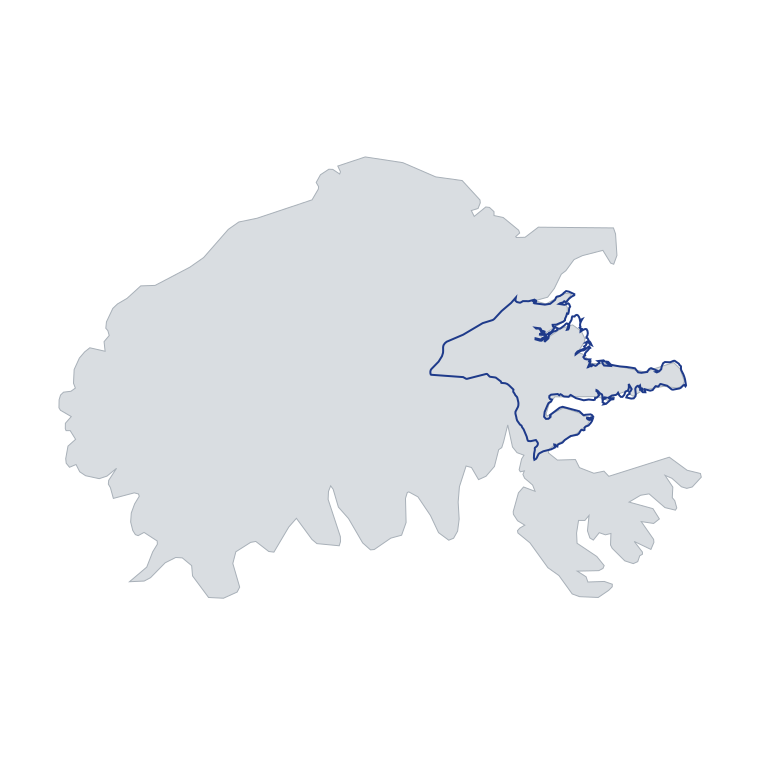 Iceland, with Vesturland highlighted, rotated 184°
{"feature_id": "ISL-710", "entity_name": "Vesturland", "entity_type": "Region", "adm_level": 1, "iso_a3": "ISL", "parent_name": "Iceland", "parent_adm1": "", "projection": "orthographic", "projection_center": [-22.162, 64.9], "detail": "fine", "context": "in_parent", "style": "outline", "palette": "blue", "viewbox_px": 768, "rotation_deg": 184, "n_neighbors": 0, "source": "natural_earth", "source_scale": "10m", "svg_char_len": 9787}
<svg xmlns="http://www.w3.org/2000/svg" viewBox="0 0 768 768"><g transform="rotate(184 384 384)"><path d="M573.1,196.5L579.7,196.4L589.8,190.4L603.4,174.5L609.5,170.7L624.1,169.0L607.9,184.8L603.0,200.5L598.9,208.4L599.3,211.6L613.0,219.2L618.7,215.6L621.5,216.4L624.4,220.4L627.1,228.7L627.1,237.7L624.4,247.0L620.3,255.0L621.3,257.2L625.5,258.0L646.0,251.0L649.7,261.5L652.0,264.9L651.9,268.7L644.9,281.3L653.9,272.8L661.5,269.7L675.3,271.7L681.4,275.2L685.6,282.2L691.9,279.0L695.5,282.8L696.3,287.3L694.9,300.0L687.8,307.3L693.8,315.6L697.9,315.3L698.8,317.2L699.1,322.6L693.7,329.7L704.9,335.2L706.6,337.6L707.0,345.6L705.9,350.4L703.1,353.5L695.8,354.9L691.6,358.4L693.8,363.1L694.1,376.8L689.7,388.6L684.9,395.1L680.0,399.6L664.5,397.2L666.2,406.7L661.5,413.2L663.2,418.0L665.4,420.2L665.2,426.6L659.8,440.5L655.4,445.3L646.3,451.5L633.5,464.9L619.2,466.4L585.8,487.0L572.7,497.6L550.1,527.4L540.1,535.5L522.2,540.5L468.6,562.7L463.1,573.9L463.0,576.3L465.7,580.3L462.0,588.3L454.0,594.4L450.1,594.5L442.9,590.4L442.2,592.6L445.3,598.2L418.6,609.2L380.6,606.1L346.8,594.2L320.2,592.4L301.1,574.3L300.6,571.4L302.4,565.7L309.0,563.1L305.7,557.5L294.8,567.7L291.1,567.5L286.3,563.6L286.0,559.7L276.7,558.4L260.4,546.8L259.2,544.1L262.9,540.2L262.2,539.4L253.5,540.2L241.0,551.2L166.0,555.7L163.5,549.9L160.6,528.5L163.2,519.5L166.3,520.4L175.0,532.6L195.0,525.9L203.1,521.4L210.5,509.7L214.8,505.9L220.8,491.1L226.8,482.0L239.3,477.6L228.1,475.1L209.5,487.0L203.2,487.0L206.1,481.8L212.5,476.0L208.1,475.6L206.4,473.0L206.2,467.5L209.4,458.6L231.2,442.7L226.1,439.7L211.0,451.9L200.0,456.1L191.0,450.6L186.7,443.1L187.0,439.9L192.2,430.5L191.4,428.6L187.8,427.7L178.2,419.0L162.9,419.7L125.3,414.2L96.5,425.6L89.8,419.8L84.6,407.7L85.9,403.0L90.9,400.5L104.7,401.2L125.3,396.0L134.6,389.2L138.2,391.0L139.9,394.4L152.5,389.3L159.2,383.2L170.4,386.3L212.7,383.1L218.1,375.0L220.2,365.4L219.2,363.4L203.8,372.3L200.3,372.1L182.4,367.4L176.0,362.1L178.1,357.9L187.6,348.7L211.6,333.4L214.9,330.3L215.2,326.7L205.7,320.2L187.8,322.0L183.2,314.2L168.4,309.6L158.5,312.4L153.3,307.6L94.3,330.9L75.6,319.1L62.1,316.8L61.0,313.2L69.3,302.8L74.7,301.0L80.1,302.2L90.2,310.0L97.3,312.5L88.7,301.3L88.5,290.7L85.8,287.9L83.3,280.8L84.5,278.5L95.1,280.3L111.9,292.9L120.3,290.9L131.3,283.3L107.0,278.4L99.9,268.6L105.3,263.7L117.8,264.7L104.2,247.8L103.7,244.9L106.2,237.6L123.4,244.4L114.5,234.4L114.3,232.2L116.9,230.5L118.5,224.5L122.8,222.2L131.5,224.4L144.9,236.0L146.8,239.2L147.2,250.7L152.6,249.0L158.9,250.7L164.3,242.9L167.9,244.8L170.8,251.8L170.3,267.2L174.1,261.9L180.4,261.5L181.5,248.8L180.3,238.6L159.7,226.8L151.7,218.2L152.7,215.3L156.7,212.8L178.2,210.8L169.0,205.8L166.8,200.7L150.5,202.4L142.3,200.2L142.2,197.6L145.5,193.8L155.4,186.0L174.1,185.5L181.6,187.7L196.1,205.1L207.7,212.2L227.3,235.7L240.0,244.7L240.6,247.0L238.5,249.7L233.7,253.0L241.2,256.9L245.8,263.0L246.2,265.7L242.3,284.8L237.6,291.0L225.8,287.5L228.7,293.6L237.2,299.9L239.1,303.5L237.9,307.1L241.9,305.9L243.2,307.9L241.5,318.8L239.4,322.7L246.5,324.8L251.4,330.1L257.7,351.8L260.6,335.0L262.1,328.8L265.0,326.5L268.1,309.4L275.8,299.1L283.0,295.2L290.9,306.8L296.4,307.9L301.6,286.8L301.8,271.4L299.6,254.5L300.3,242.4L303.8,235.0L308.5,232.7L319.2,239.5L328.5,256.1L342.3,273.8L351.7,278.1L353.2,277.4L354.6,271.4L352.3,247.4L355.9,234.4L366.5,230.7L382.2,218.2L385.9,217.6L394.2,224.0L410.0,247.3L420.9,258.0L427.4,275.5L430.1,278.7L431.9,273.0L431.7,265.0L416.9,228.7L416.4,223.7L417.4,219.5L439.8,220.1L445.0,223.9L462.0,243.9L469.0,234.7L482.1,208.6L487.3,208.9L500.9,218.0L506.0,216.7L520.1,206.3L522.3,194.4L513.8,171.3L516.0,166.2L529.2,159.1L544.1,158.8L561.6,179.2L563.2,189.4L573.1,196.5Z" fill="#d9dde1" stroke="#a8b0b8" stroke-width="1"/><path d="M241.6,478.0L242.3,476.9L239.6,478.5L238.1,477.8L238.1,476.9L239.2,476.7L240.1,475.9L240.2,475.3L239.7,475.0L240.1,475.0L229.0,474.4L223.8,475.6L219.2,479.9L218.5,482.1L218.0,482.9L217.4,483.3L214.7,484.1L211.9,486.2L211.1,487.3L208.8,489.4L205.9,489.0L200.4,486.9L200.4,485.8L202.9,484.3L205.4,482.0L207.4,479.1L208.7,478.2L210.0,479.1L211.2,477.8L213.9,476.9L215.0,476.1L209.6,475.6L207.9,476.2L206.7,477.0L205.8,477.3L204.8,476.5L203.7,474.1L204.5,472.8L204.7,469.1L205.1,466.9L205.5,466.8L206.0,467.2L206.4,467.2L206.8,464.8L207.9,461.7L207.9,460.2L209.5,458.7L216.3,455.2L219.9,454.8L219.6,453.5L219.0,452.8L218.3,452.6L217.4,452.8L217.4,451.9L218.5,450.8L220.8,447.6L222.8,446.7L224.4,445.0L225.2,444.8L227.8,445.0L227.5,447.5L228.8,447.9L230.3,447.9L231.1,449.4L231.9,450.4L237.0,450.7L236.0,449.9L233.8,450.1L232.8,449.8L231.9,448.9L230.5,446.7L229.4,446.0L231.9,444.9L231.9,444.1L225.7,444.1L225.6,443.1L229.1,440.9L230.2,439.7L231.2,439.4L236.0,440.2L236.0,439.1L231.3,438.1L229.8,438.2L225.9,441.9L224.4,442.1L224.4,441.1L226.0,439.6L226.5,438.6L226.9,437.2L223.2,441.0L222.9,444.3L219.0,447.9L215.9,449.2L214.9,450.0L215.3,451.9L213.5,451.3L211.8,451.8L208.3,454.8L206.8,456.6L205.9,457.2L204.9,456.8L204.2,455.4L204.3,454.0L205.3,450.9L204.0,451.3L203.4,452.9L203.3,455.1L203.3,457.3L203.0,457.9L201.6,460.6L201.3,461.9L201.2,463.7L200.8,464.6L198.6,464.6L198.0,465.6L197.5,466.0L196.4,466.4L195.4,466.0L194.3,464.7L193.4,462.9L192.8,460.6L191.8,462.0L190.7,462.6L191.6,460.8L192.4,458.6L192.6,456.4L192.0,454.8L192.8,453.9L191.9,453.0L190.7,452.8L191.6,450.9L191.6,450.0L188.8,452.1L187.1,452.9L185.8,452.8L184.7,451.1L184.2,448.8L184.5,446.5L185.3,445.1L185.3,444.2L184.3,444.0L183.5,442.9L182.7,441.2L181.9,440.8L181.0,439.8L179.6,437.3L181.1,437.9L182.7,439.5L184.3,440.5L185.8,439.3L184.5,439.3L184.9,437.7L185.5,436.6L187.0,435.4L186.2,434.5L186.2,433.5L193.2,430.0L194.9,427.7L194.9,426.8L191.2,430.0L189.2,431.1L187.3,431.5L185.6,432.5L183.7,434.5L182.0,435.8L180.8,434.4L181.6,433.9L183.3,431.5L184.5,430.2L185.2,429.2L185.8,427.7L185.4,426.7L185.9,426.5L187.0,424.8L185.7,423.2L183.9,422.7L180.0,422.9L180.9,420.9L179.7,420.9L181.7,415.0L181.1,415.2L180.6,415.8L180.1,416.7L179.7,417.9L179.3,416.6L178.8,416.1L178.2,416.2L177.6,417.0L177.6,417.9L174.3,416.9L173.3,417.4L171.6,419.4L170.6,419.8L170.6,420.9L172.2,421.8L166.6,422.9L165.2,421.8L167.3,421.9L167.9,421.3L167.7,420.5L167.1,419.4L165.8,417.8L159.4,417.8L160.4,418.8L163.5,420.8L163.5,421.8L161.9,421.7L159.1,419.1L157.4,418.8L157.8,418.8L150.2,418.0L143.1,417.9L134.8,417.2L131.3,413.4L128.0,413.1L122.2,414.4L122.1,414.8L120.6,417.2L119.3,418.2L118.5,418.4L111.6,416.1L112.2,415.5L113.7,415.0L112.7,414.6L110.4,415.8L108.5,418.1L108.2,420.9L107.0,424.2L105.3,425.5L100.8,425.6L99.5,425.9L96.8,427.3L95.6,427.4L91.3,424.8L90.4,423.4L89.6,423.0L89.0,422.3L88.8,419.9L88.5,418.6L86.0,414.4L85.0,412.2L84.1,409.8L82.6,403.7L83.1,402.7L84.3,404.0L85.4,403.5L87.7,400.9L88.9,400.2L95.4,398.5L96.7,398.7L101.4,402.0L108.0,403.3L108.6,403.0L109.7,401.2L110.3,400.6L112.8,400.8L113.4,400.2L115.6,396.7L118.1,395.9L123.5,397.0L123.6,395.9L123.2,395.5L122.7,394.0L125.3,393.9L126.1,394.6L125.6,397.0L126.4,397.6L127.4,396.0L128.1,396.0L128.2,397.4L128.2,399.4L128.5,400.4L129.6,398.9L130.6,399.9L131.6,399.3L132.6,398.0L133.0,396.6L132.1,391.3L132.3,389.3L133.9,387.1L136.4,386.7L141.3,387.5L140.8,389.1L140.1,390.2L138.3,391.4L138.8,393.4L138.1,393.5L137.5,394.1L136.6,396.2L139.9,401.1L139.6,399.0L139.5,397.2L139.8,395.7L140.4,394.3L142.4,393.4L142.8,392.7L143.5,390.0L145.2,387.8L146.9,387.7L148.5,389.1L149.9,391.6L150.8,390.1L152.1,389.2L155.8,388.4L159.3,385.9L158.4,385.3L154.0,385.9L154.1,384.8L156.6,384.3L161.1,379.7L163.4,379.1L162.7,380.1L163.7,380.4L164.7,381.1L164.6,382.3L164.7,382.9L163.9,384.1L162.0,385.1L161.4,385.9L163.2,386.1L164.2,385.7L165.1,384.9L165.4,387.7L165.9,388.8L167.9,389.8L170.6,392.3L171.6,392.7L171.6,391.8L170.8,391.4L170.2,390.5L168.7,387.8L170.3,385.7L171.2,385.0L172.4,385.0L172.6,383.1L173.7,382.6L178.7,382.8L183.6,381.7L191.6,383.3L197.0,386.1L197.6,385.7L198.5,384.5L199.0,384.1L203.5,384.1L204.7,384.6L206.0,385.6L207.3,386.1L208.4,385.0L210.0,386.1L216.6,385.0L218.2,383.6L218.2,381.9L217.2,380.5L215.4,380.2L216.0,378.3L216.7,377.7L217.5,377.3L218.6,376.3L219.3,374.6L221.8,367.4L222.0,362.5L220.0,360.5L217.5,360.8L215.6,362.7L215.6,363.7L216.1,363.7L216.1,364.7L207.2,372.5L204.2,373.7L187.2,370.4L183.0,366.9L182.3,366.6L181.2,367.3L175.8,368.1L174.2,367.4L173.1,366.0L174.0,365.4L175.7,364.9L177.1,363.7L177.5,364.4L178.0,364.7L179.0,364.7L179.1,363.7L177.7,362.7L176.2,362.5L173.4,363.6L174.0,361.5L175.1,359.5L177.1,356.9L179.9,355.6L180.9,354.4L180.8,352.1L181.6,351.7L183.8,352.1L184.3,351.6L186.1,348.2L187.6,346.9L194.2,345.1L199.8,340.7L201.9,338.0L205.7,336.1L207.1,334.6L206.7,334.3L206.7,333.7L207.6,333.8L209.0,335.4L209.9,335.5L209.1,332.6L212.7,330.5L220.4,328.0L224.0,325.8L225.0,324.8L226.4,321.2L227.1,320.0L228.7,318.9L229.3,320.8L229.4,325.0L228.9,328.8L229.1,330.3L229.0,330.9L227.1,332.7L226.5,333.9L226.3,334.9L226.4,335.8L226.8,336.5L228.6,338.7L233.7,337.2L235.9,337.2L236.5,337.5L237.0,338.4L238.0,341.5L241.6,348.6L243.3,350.6L243.7,351.7L244.1,352.2L245.5,353.0L248.6,356.8L249.4,358.8L249.6,359.8L250.8,363.5L250.9,364.5L250.9,365.6L248.8,370.4L248.5,371.8L248.5,373.7L248.7,375.1L250.1,379.7L250.5,380.4L252.2,382.0L253.3,383.8L254.3,384.9L254.5,385.4L254.6,386.0L254.5,387.5L259.3,391.5L261.0,392.6L263.0,393.2L267.0,393.3L267.6,394.7L272.8,398.1L273.7,398.3L278.6,398.6L279.3,398.9L281.7,401.1L282.6,401.2L301.7,394.9L302.6,395.0L305.5,396.4L337.5,396.5L338.0,396.7L338.5,398.1L338.6,400.0L338.3,401.3L337.7,402.3L331.1,410.1L328.1,415.8L327.3,419.2L327.3,421.0L327.6,424.8L327.5,425.9L327.3,426.9L326.2,428.8L324.5,430.5L308.5,438.7L289.8,451.6L280.0,455.4L278.6,456.5L271.7,465.1L262.8,473.8L258.5,479.5L258.7,477.5L258.9,477.0L258.7,476.4L258.5,476.0L257.0,475.0L254.3,474.6L253.6,474.7L251.1,476.4L245.4,476.7L241.6,478.0Z" fill="none" stroke="#1e3a8a" stroke-width="2"/></g></svg>